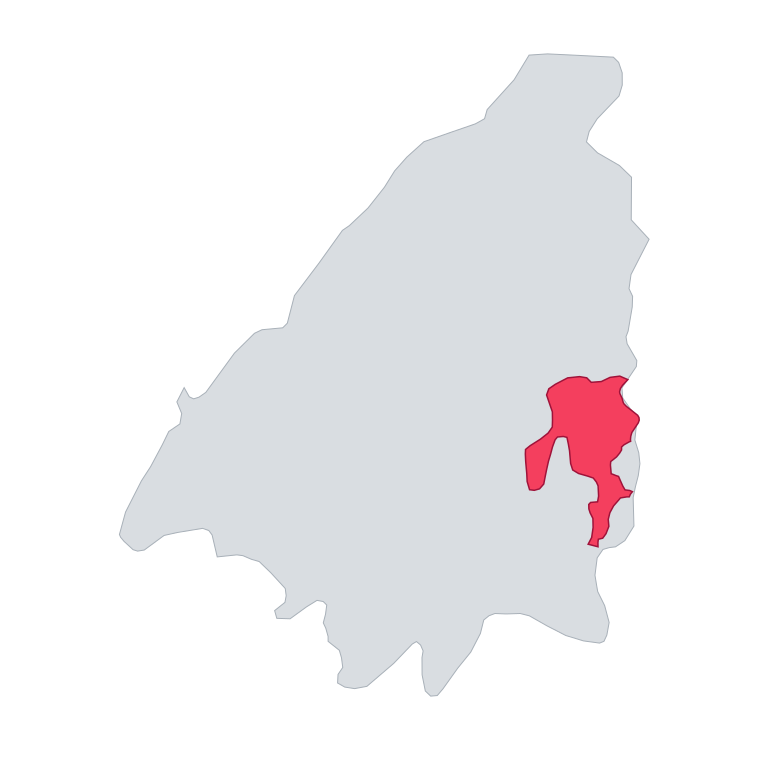 where Doboj sits in Bosnia and Herzegovina, rotated 85°
{"feature_id": "BIH-4801", "entity_name": "Doboj", "entity_type": "state/province", "adm_level": 1, "iso_a3": "BIH", "parent_name": "Bosnia and Herzegovina", "parent_adm1": "", "projection": "robinson", "projection_center": [18.222, 44.862], "detail": "fine", "context": "in_parent", "style": "filled", "palette": "rose", "viewbox_px": 768, "rotation_deg": 85, "n_neighbors": 0, "source": "natural_earth", "source_scale": "10m", "svg_char_len": 3237}
<svg xmlns="http://www.w3.org/2000/svg" viewBox="0 0 768 768"><g transform="rotate(85 384 384)"><path d="M659.5,187.3L660.9,191.8L657.3,207.7L650.4,224.8L639.2,242.6L627.6,259.4L624.5,268.3L623.7,282.4L622.3,293.5L624.0,299.6L627.8,305.2L640.9,309.7L658.6,320.9L673.6,335.4L692.9,351.9L699.0,358.1L699.0,364.7L693.4,369.6L677.0,371.4L659.9,370.0L653.3,368.3L647.2,370.3L643.4,374.1L645.5,378.5L663.1,398.6L683.7,427.4L684.9,439.8L682.5,449.5L677.8,456.3L669.3,455.1L662.8,449.8L653.0,450.2L645.4,451.7L635.5,462.1L630.6,461.7L622.1,463.3L616.7,465.3L608.2,462.3L599.2,460.3L595.4,463.5L593.7,469.6L599.3,480.7L609.7,498.0L608.1,511.2L600.2,512.7L592.9,501.7L586.4,499.9L579.1,500.2L562.3,513.1L550.0,523.8L547.1,531.3L542.7,539.5L541.4,545.5L541.7,565.2L519.4,568.4L514.7,571.3L512.0,577.3L513.9,602.7L515.7,616.3L528.5,637.3L529.0,644.0L527.2,648.4L518.1,656.7L513.8,659.7L510.9,660.7L496.0,655.2L489.0,652.6L459.2,634.0L446.0,623.7L425.3,610.2L412.5,602.5L406.0,590.8L395.8,588.1L383.8,591.9L370.2,583.4L379.8,579.1L382.2,574.9L381.0,569.5L376.8,562.2L340.2,530.3L322.2,508.6L319.3,500.8L319.2,480.0L315.0,475.0L288.1,465.5L258.2,438.5L227.3,412.0L223.2,404.7L207.3,384.6L188.0,366.4L172.6,354.8L160.0,341.5L146.1,323.1L139.0,295.1L132.8,270.3L128.5,260.7L119.6,257.3L92.3,227.9L69.0,210.8L69.4,192.3L73.6,161.5L78.4,127.0L84.1,122.2L94.8,119.6L107.0,120.6L117.6,124.8L138.4,148.5L150.3,157.6L160.5,161.2L172.3,151.2L186.9,130.4L199.6,119.4L242.0,123.4L262.9,107.3L296.5,128.4L310.4,131.6L318.3,128.7L328.9,130.0L352.6,136.2L358.0,138.8L365.1,138.3L382.7,130.1L388.6,131.1L408.6,147.3L418.7,147.4L430.8,140.5L438.6,134.5L461.6,139.0L474.7,136.2L485.7,136.0L497.5,138.7L508.3,142.5L518.9,145.7L547.3,147.4L561.0,157.7L566.4,167.6L566.6,173.8L567.9,180.3L575.8,186.8L592.9,190.5L603.7,189.7L609.4,189.2L624.0,183.5L641.2,180.5L653.6,183.9L659.5,187.3Z" fill="#d9dde1" stroke="#a8b0b8" stroke-width="1"/><path d="M400.9,140.7L406.1,146.5L409.1,148.9L412.3,150.0L414.0,149.9L418.8,148.1L423.3,147.3L424.7,146.7L427.4,144.5L437.3,134.0L439.7,132.9L442.3,132.9L444.9,134.1L453.9,141.3L457.5,142.7L460.7,143.3L462.6,143.3L462.9,144.5L465.4,150.1L467.4,152.8L470.4,153.1L473.4,155.3L476.9,158.7L481.0,164.9L484.5,165.5L489.7,165.5L493.2,165.5L494.0,163.7L495.3,161.2L496.5,158.4L501.0,156.9L506.5,155.0L510.5,153.1L511.5,148.5L512.9,145.9L515.2,148.1L517.8,149.5L517.6,151.9L518.1,158.4L520.3,160.6L525.4,165.9L531.9,170.2L538.4,172.4L545.4,172.4L552.5,175.9L556.7,179.6L557.3,184.0L560.5,184.7L564.8,185.0L561.4,194.6L555.0,190.5L545.2,188.2L536.1,187.6L530.3,189.9L526.3,190.8L521.8,190.5L520.0,188.5L520.0,186.2L520.0,181.5L514.4,180.0L504.1,179.6L500.1,181.0L495.9,183.7L493.6,188.9L490.1,198.0L486.1,203.5L479.5,205.0L466.7,205.0L459.7,205.6L453.1,206.4L451.9,209.9L451.9,215.8L454.5,218.4L461.3,221.6L468.5,224.2L475.3,226.9L483.5,229.5L490.3,231.5L497.6,233.6L502.0,238.2L503.0,243.5L502.0,248.2L493.6,249.9L486.1,249.6L473.5,249.6L466.0,249.3L461.5,248.7L458.2,243.8L452.6,233.0L447.2,224.8L441.6,220.1L434.8,219.3L426.4,218.7L420.8,220.1L409.1,223.0L403.1,220.2L399.2,213.3L393.9,200.5L393.7,188.5L395.5,181.5L400.4,177.4L400.5,167.3L397.1,158.2L396.7,148.4L400.9,140.7Z" fill="#f43f5e" stroke="#9f1239" stroke-width="1.5"/></g></svg>